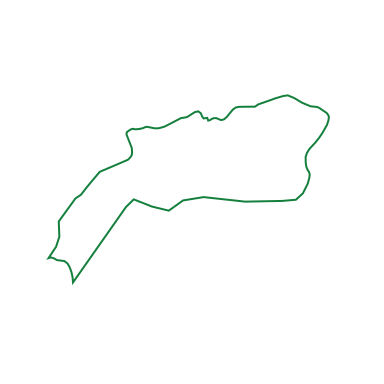 SVG path tracing the border of Tougué, rotated 216°
{"feature_id": "GIN-5658", "entity_name": "Tougué", "entity_type": "Prefecture", "adm_level": 1, "iso_a3": "GIN", "parent_name": "Guinea", "parent_adm1": "", "projection": "equal_earth", "projection_center": [-11.475, 11.52], "detail": "fine", "context": "isolated", "style": "outline", "palette": "green", "viewbox_px": 384, "rotation_deg": 216, "n_neighbors": 0, "source": "natural_earth", "source_scale": "10m", "svg_char_len": 1364}
<svg xmlns="http://www.w3.org/2000/svg" viewBox="0 0 384 384"><g transform="rotate(216 192 192)"><path d="M235.1,48.9L238.5,52.8L242.5,56.4L246.7,59.2L250.7,61.0L254.7,61.1L261.3,57.5L264.6,57.2L267.8,56.1L269.2,54.2L269.8,67.9L273.0,77.8L282.5,89.9L282.5,106.7L282.5,118.4L280.2,124.5L279.9,134.1L279.4,141.9L278.5,154.1L262.8,180.4L262.3,183.3L262.3,185.2L262.6,186.8L263.2,187.9L263.9,189.0L265.4,190.9L267.0,192.5L278.9,200.1L279.9,202.1L278.5,206.4L277.1,208.3L274.7,209.4L271.7,212.0L269.2,214.8L268.1,216.8L266.9,218.2L259.8,221.5L257.6,223.0L255.7,224.8L252.5,229.0L244.4,245.2L240.1,249.6L236.7,258.2L234.4,260.9L231.1,260.9L228.3,259.1L225.9,258.3L223.2,260.9L220.9,259.3L219.7,260.6L218.9,262.9L217.7,264.6L215.9,265.9L214.6,266.4L212.7,266.7L210.4,267.5L208.8,269.7L208.0,273.0L207.4,282.7L206.3,286.0L204.2,288.4L191.2,298.1L189.9,301.8L181.1,314.5L180.5,315.6L174.7,323.2L171.3,326.5L164.5,328.1L155.6,328.9L146.5,331.0L140.8,334.3L138.6,334.8L129.7,335.1L127.4,334.5L125.4,333.3L123.7,330.1L122.2,325.5L121.2,316.2L121.0,310.4L121.3,304.4L122.3,295.9L122.0,291.3L120.7,287.2L117.2,282.5L114.4,279.7L111.4,277.8L109.2,277.0L107.2,275.6L105.3,272.2L103.3,266.9L101.5,256.1L103.4,246.8L113.9,237.7L143.4,215.4L179.6,194.7L194.3,179.9L199.8,163.3L215.8,156.7L234.8,151.8L236.6,141.0L235.1,48.9Z" fill="none" stroke="#15803d" stroke-width="2"/></g></svg>